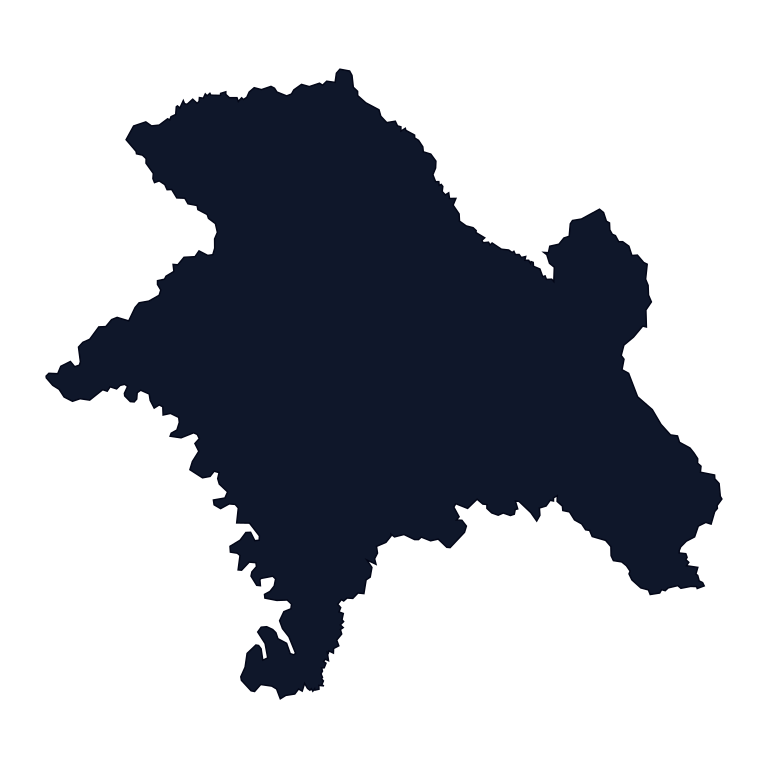 Mae Ramat, Tak, Thailand (Natural Earth projection)
{"feature_id": "78962969B69259908761909", "entity_name": "Mae Ramat", "entity_type": "district", "adm_level": 2, "iso_a3": "THA", "parent_name": "Thailand", "parent_adm1": "Tak", "projection": "natural_earth1", "projection_center": [98.605, 17.061], "detail": "fine", "context": "isolated", "style": "filled", "palette": "ink", "viewbox_px": 768, "rotation_deg": 0, "n_neighbors": 0, "source": "geoboundaries", "source_scale": "gbopen_adm2", "svg_char_len": 6075}
<svg xmlns="http://www.w3.org/2000/svg" viewBox="0 0 768 768"><path d="M643.7,262.5L637.4,255.1L631.9,255.5L628.9,246.2L622.7,241.7L618.7,241.7L615.4,235.6L612.3,234.3L609.8,229.8L609.5,222.9L606.4,221.2L603.6,212.6L599.5,209.2L581.5,219.0L572.5,220.5L570.3,223.8L569.2,236.3L563.9,238.0L558.9,244.2L549.8,246.2L548.4,252.7L543.8,252.4L546.8,254.7L549.5,263.3L554.3,267.2L553.8,281.6L551.7,279.2L546.4,279.4L545.1,275.9L542.7,276.7L539.9,269.0L533.5,266.3L533.2,262.4L531.1,261.6L530.5,263.5L528.7,260.3L524.8,260.3L525.7,256.5L521.3,257.5L519.1,254.5L515.4,254.6L513.9,251.3L512.1,252.5L508.7,250.0L501.4,249.2L492.1,243.0L490.0,245.0L488.5,242.2L483.1,242.7L481.9,240.3L484.7,237.8L475.9,232.5L476.2,230.6L473.1,227.7L466.2,225.9L459.5,221.1L459.1,213.9L453.1,205.1L455.9,198.4L449.5,198.5L448.7,192.8L445.3,194.9L442.2,191.5L442.8,186.4L441.2,184.4L439.2,185.4L438.8,181.6L435.6,181.7L432.9,174.7L435.6,168.0L435.9,161.1L430.8,154.1L423.3,151.8L422.8,146.8L418.5,140.3L414.7,138.0L414.6,135.1L405.8,130.3L405.3,128.3L400.9,131.1L400.9,126.8L397.5,125.9L395.3,121.2L386.8,122.6L380.8,116.2L379.0,109.8L365.8,102.8L357.7,95.6L357.6,91.3L353.3,87.2L352.0,75.4L349.6,71.0L339.9,69.2L336.4,73.2L335.1,82.4L326.7,81.2L322.6,85.2L319.5,83.2L309.3,86.6L301.5,84.4L293.8,89.9L291.5,94.0L286.7,95.9L276.9,92.0L274.5,88.2L271.0,86.4L261.5,89.6L254.2,87.7L249.2,92.0L246.8,97.3L243.5,99.5L241.6,97.8L238.3,101.5L237.0,97.7L229.4,97.7L225.8,94.4L225.8,91.8L220.6,93.4L220.5,95.4L210.9,95.2L209.9,93.3L207.1,95.8L205.3,93.9L203.3,98.2L199.4,97.6L199.1,101.4L197.1,103.3L192.7,99.2L187.1,104.3L184.5,103.7L183.3,100.6L179.9,107.9L177.4,105.9L176.3,106.8L175.7,114.5L171.0,116.7L169.8,119.9L167.6,118.8L159.2,125.1L151.5,125.9L145.8,121.9L133.6,126.0L126.1,139.7L136.1,151.4L136.5,153.8L142.4,155.1L146.1,158.6L146.0,163.2L153.3,173.4L152.9,178.6L154.5,182.6L159.2,180.9L164.8,184.6L167.1,189.7L171.7,189.5L176.8,197.9L184.8,198.2L188.0,203.8L197.1,205.5L197.9,209.6L207.2,214.5L208.5,218.4L215.4,223.6L217.4,232.4L214.6,238.9L214.7,248.2L212.8,254.7L207.7,255.4L199.0,250.9L195.0,256.7L184.0,257.3L177.8,264.8L173.1,264.4L173.9,271.4L166.0,276.2L164.5,279.2L157.5,280.7L157.5,284.5L160.8,290.0L159.1,295.3L148.8,301.1L139.1,302.8L135.1,307.5L128.7,320.9L117.1,317.4L111.6,319.6L105.8,326.6L98.8,326.9L89.7,339.3L82.9,342.3L78.5,347.1L80.4,361.7L79.4,365.1L74.7,366.7L70.4,361.5L60.8,366.3L57.7,373.7L48.9,373.3L46.1,376.1L46.3,377.9L52.7,385.3L59.1,389.3L64.1,397.0L72.5,401.3L80.1,398.7L89.7,400.1L102.7,389.7L107.2,391.2L110.1,386.8L116.6,388.9L120.1,385.4L124.7,384.3L127.6,386.4L124.4,393.3L124.7,395.9L130.3,401.6L134.2,401.9L136.7,399.1L137.2,392.7L140.7,390.2L149.2,394.0L150.2,400.4L154.2,408.1L159.2,404.9L162.8,406.8L163.1,415.0L170.5,413.4L178.7,417.4L179.3,422.4L176.9,430.0L171.2,433.2L170.1,436.2L181.1,437.8L193.6,432.8L197.2,434.4L199.3,438.6L194.9,443.5L198.8,451.3L192.4,461.5L189.9,469.7L202.5,477.8L210.1,476.4L214.1,471.2L219.1,472.6L217.7,478.6L219.3,484.1L227.6,491.9L224.9,498.0L213.4,500.0L214.1,504.8L220.6,508.6L229.2,503.9L235.2,504.4L238.3,508.0L236.7,522.9L249.5,523.1L259.4,535.9L259.2,540.2L254.8,540.7L250.6,532.3L245.9,532.5L240.1,540.2L230.0,546.3L230.4,552.1L237.3,553.2L240.0,555.5L238.1,569.9L241.6,570.2L249.2,562.1L255.9,562.7L256.5,566.6L251.9,571.9L251.0,576.1L256.7,585.3L260.4,585.7L259.9,579.6L261.1,578.4L272.7,576.2L275.6,578.9L274.2,586.0L270.0,591.4L264.5,594.4L264.9,598.1L276.8,600.4L287.2,600.0L291.5,604.1L290.9,608.8L283.9,611.6L279.6,620.7L282.5,628.6L288.9,636.8L295.6,653.3L293.8,654.8L290.2,653.6L286.6,643.3L277.9,638.7L275.9,632.7L272.7,629.5L266.7,626.7L261.2,627.2L257.7,632.0L265.1,643.5L267.7,657.9L262.8,660.2L261.1,648.8L258.6,645.5L255.9,645.0L247.1,653.4L245.1,667.2L240.8,676.8L241.4,680.3L251.1,690.8L254.6,691.5L260.7,684.5L271.8,686.1L276.6,689.0L280.3,698.8L285.8,695.4L294.8,694.0L298.6,689.0L302.2,691.1L304.6,683.4L307.5,688.4L309.9,690.2L311.3,688.7L312.8,691.2L314.7,688.7L315.0,690.1L319.0,689.2L318.8,685.4L323.9,685.9L321.8,684.8L323.4,680.9L321.5,678.8L322.5,677.4L321.0,673.8L322.5,671.1L321.6,667.9L324.2,667.8L326.0,663.2L323.5,661.5L325.3,659.2L328.5,660.7L327.3,652.4L328.3,653.2L328.9,650.9L333.4,653.1L333.6,648.5L338.8,645.8L336.7,640.1L341.7,634.0L340.4,629.5L343.2,627.6L340.3,624.9L343.6,621.6L342.0,619.7L343.3,613.5L339.0,611.9L340.7,607.6L337.7,604.3L341.4,599.6L343.7,601.0L347.1,598.0L352.8,598.4L358.0,593.0L363.9,593.6L366.1,579.9L370.2,577.1L371.9,567.4L366.7,559.9L376.0,564.3L374.6,558.8L377.5,553.1L376.5,546.4L386.0,542.3L391.1,535.9L390.9,534.1L394.5,536.9L404.0,534.5L414.6,539.6L418.5,539.6L421.3,537.1L430.6,540.8L438.2,539.1L446.8,547.3L450.1,547.6L464.5,532.3L466.4,526.1L461.9,520.3L456.4,520.0L459.1,516.8L453.8,507.1L455.8,503.7L467.6,508.4L477.1,499.2L482.9,504.1L486.9,504.5L486.9,508.4L491.7,512.9L498.2,515.2L503.2,513.0L510.4,515.5L514.3,514.2L515.2,509.5L517.7,508.9L515.4,501.1L519.0,501.4L530.8,512.6L536.7,521.0L539.9,515.3L539.4,508.0L546.1,506.0L550.2,500.3L553.5,501.0L553.5,497.9L557.3,495.6L557.1,501.4L562.4,506.1L562.8,510.5L569.5,511.9L574.5,519.9L581.7,523.9L585.6,529.8L589.6,530.4L592.2,536.5L605.6,540.4L610.9,546.6L611.1,555.7L613.4,560.6L621.7,561.9L626.4,565.7L630.1,571.1L629.0,573.9L631.9,579.9L640.8,587.9L648.4,589.9L650.2,594.5L659.7,593.0L661.6,589.7L665.2,590.7L668.2,587.9L677.8,585.6L680.9,588.3L690.7,586.4L696.6,586.6L697.2,588.5L704.2,585.9L702.6,582.6L699.2,580.9L697.7,575.4L695.9,574.1L697.8,567.4L686.5,565.7L688.8,562.3L685.8,559.6L687.1,557.4L685.8,553.7L679.2,553.0L679.2,550.7L680.7,546.9L686.3,541.2L694.6,536.9L698.3,526.1L705.8,522.4L711.1,524.1L714.7,511.6L717.4,508.4L717.1,505.6L721.9,499.0L720.3,496.3L719.1,483.5L714.8,478.8L714.6,475.0L700.4,472.2L701.0,466.2L697.6,463.2L697.7,458.7L693.9,452.9L690.0,448.0L679.5,442.3L677.5,435.9L670.5,434.9L661.0,424.4L652.3,409.6L637.6,396.8L628.6,373.3L622.0,369.7L624.0,359.2L621.2,355.5L623.9,345.1L633.5,337.1L642.7,326.1L646.4,327.0L645.9,310.0L651.4,301.9L648.5,295.1L648.1,285.3L645.6,279.2L647.2,264.2L643.7,262.5Z" fill="#0f172a" stroke="#020617" stroke-width="1.5"/></svg>